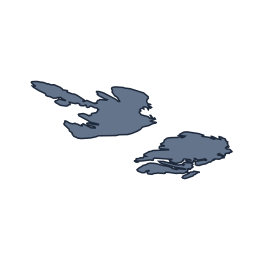 outline of Træna nor, Norway, rotated 18°
{"feature_id": "86288312B36206301754919", "entity_name": "Træna nor", "entity_type": "district", "adm_level": 2, "iso_a3": "NOR", "parent_name": "Norway", "parent_adm1": "", "projection": "robinson", "projection_center": [12.061, 66.501], "detail": "fine", "context": "isolated", "style": "filled", "palette": "slate", "viewbox_px": 256, "rotation_deg": 18, "n_neighbors": 0, "source": "geoboundaries", "source_scale": "gbopen_adm2", "svg_char_len": 5989}
<svg xmlns="http://www.w3.org/2000/svg" viewBox="0 0 256 256"><g transform="rotate(18 128 128)"><path d="M132.0,89.8L117.8,90.0L112.3,91.1L111.2,90.9L104.1,92.6L102.0,93.4L100.3,94.5L100.2,95.7L101.8,97.4L101.7,98.7L105.5,101.5L107.2,101.7L108.8,102.5L111.9,105.2L111.4,105.6L110.4,105.7L107.5,104.5L94.2,102.2L89.6,102.2L87.0,102.8L86.8,103.4L88.5,104.5L88.4,104.9L88.8,105.1L88.5,105.5L89.9,106.2L97.4,107.5L99.5,107.5L99.0,108.2L92.4,109.6L91.7,110.8L90.9,111.0L90.4,112.0L90.3,113.4L90.7,114.0L89.4,114.3L89.1,114.4L89.4,114.8L88.7,115.1L80.3,114.5L77.7,116.6L77.1,116.6L76.9,116.4L78.0,115.4L77.9,115.0L69.7,112.7L66.8,112.3L64.8,112.8L59.3,112.6L58.8,112.4L59.0,111.5L58.5,111.2L54.1,111.9L53.5,111.2L51.0,110.3L44.4,109.7L41.5,110.7L38.4,110.6L38.2,111.0L33.6,110.8L32.0,111.1L32.5,111.6L31.5,111.3L27.2,111.8L22.5,113.5L22.0,114.0L22.0,114.6L23.2,115.4L26.7,116.5L26.7,117.0L24.0,117.6L25.3,118.4L31.4,119.9L38.5,120.8L39.0,121.0L39.6,122.1L41.1,122.6L43.8,122.3L47.9,122.7L50.6,121.7L51.5,120.8L54.6,119.7L57.0,120.7L60.5,121.0L59.2,121.5L52.9,121.8L52.4,123.5L50.5,124.7L50.3,125.4L51.1,126.1L56.7,127.3L62.3,126.3L63.9,125.4L64.1,124.5L65.7,123.6L65.4,122.7L64.3,121.7L65.4,121.3L66.0,121.6L70.3,121.1L71.7,120.5L71.9,120.0L74.7,120.2L75.0,121.1L76.2,121.3L79.0,120.6L80.4,119.4L81.3,119.4L81.5,120.3L81.9,120.7L83.1,121.0L84.5,120.3L85.3,118.8L86.3,118.6L90.6,119.0L91.9,118.7L94.0,119.4L94.4,119.7L93.6,120.4L93.8,121.4L93.0,123.2L88.9,125.5L89.0,127.5L87.3,127.9L87.3,128.4L86.9,128.5L84.4,128.0L80.9,128.1L76.8,130.0L76.6,130.5L77.6,131.5L88.1,133.4L89.1,133.9L91.5,134.1L99.3,133.4L98.5,133.9L98.7,134.2L93.4,135.3L88.5,135.5L87.5,136.2L87.8,136.4L87.7,136.7L88.4,137.1L90.1,137.5L95.8,137.2L96.7,137.7L96.8,138.2L92.4,139.3L91.0,138.7L90.1,138.9L84.0,137.8L83.5,138.6L83.7,139.4L83.0,139.4L83.5,140.2L82.3,140.5L78.8,139.9L77.6,140.2L76.2,139.8L74.2,141.1L71.1,141.4L67.7,140.6L65.9,140.7L65.9,141.3L66.4,141.8L65.7,143.6L66.4,144.6L72.3,147.3L73.0,148.6L73.6,149.0L76.6,150.0L76.6,150.8L79.0,152.6L83.7,153.1L87.1,152.4L95.5,149.0L100.4,146.2L102.2,144.6L118.9,138.9L121.8,137.1L129.8,134.3L133.4,131.9L138.0,128.0L140.2,125.5L141.3,123.0L142.0,122.3L147.0,119.3L150.2,116.2L152.9,114.7L153.1,114.0L152.7,113.9L148.9,114.6L147.4,114.4L151.3,111.1L150.2,110.2L149.6,110.9L148.5,111.0L145.7,108.9L145.3,109.1L146.2,109.6L145.9,109.7L147.6,111.7L145.9,112.1L143.7,111.0L136.5,111.4L133.7,109.5L134.7,108.0L134.4,107.7L134.6,107.6L133.6,107.2L134.2,105.6L135.8,104.9L137.2,105.1L136.7,104.1L136.0,104.0L135.9,103.7L136.4,103.2L137.8,102.6L139.9,102.8L141.7,104.4L141.8,104.0L140.6,102.7L143.2,102.2L144.1,101.2L143.3,100.8L141.1,101.1L140.4,100.7L140.1,100.2L140.6,99.8L140.0,99.3L141.7,99.3L142.2,98.8L141.5,98.5L140.0,98.8L139.0,98.6L137.5,96.9L137.4,94.9L138.0,93.9L138.0,93.1L137.5,92.0L132.0,89.8ZM220.4,107.9L217.3,108.0L217.4,108.7L217.1,108.8L218.3,109.0L219.8,109.9L219.9,110.3L216.1,110.7L211.0,110.0L209.7,110.2L209.8,110.8L213.7,111.7L213.1,112.2L208.0,111.8L201.5,113.0L200.9,112.9L201.0,112.2L202.9,111.5L196.9,111.5L185.5,113.4L182.4,114.6L179.3,117.8L179.7,118.5L179.1,118.6L178.6,119.2L184.9,118.0L184.1,119.4L182.2,120.7L181.1,120.5L182.1,119.8L180.5,119.9L178.1,121.3L178.2,121.6L171.2,124.1L168.2,125.7L166.3,128.4L166.5,130.6L164.0,133.0L164.6,133.8L168.6,133.6L163.9,135.6L163.6,136.3L163.9,137.5L165.1,137.8L173.0,135.9L173.9,136.0L158.7,141.7L156.9,143.2L155.6,143.7L151.5,148.0L151.8,148.6L151.4,148.8L151.6,149.1L154.0,149.4L152.0,150.3L151.6,150.8L151.5,151.8L149.1,152.4L147.3,153.9L145.5,154.6L145.2,155.3L146.3,156.4L144.4,157.1L144.5,157.5L146.1,158.0L147.5,157.6L148.3,157.0L147.7,156.7L149.2,155.6L150.7,155.4L158.8,151.6L161.7,151.1L162.0,150.6L161.6,149.5L162.6,148.4L180.0,144.1L177.4,145.9L178.4,146.8L178.2,147.6L178.6,147.6L178.2,148.0L178.4,148.5L172.2,148.8L167.5,150.2L169.4,151.1L171.3,151.3L184.6,150.8L193.6,149.3L196.0,149.4L186.4,151.8L188.0,152.4L182.4,152.9L182.2,152.1L177.0,152.2L172.4,152.9L165.4,153.2L160.3,154.4L157.9,155.7L156.6,157.2L153.7,159.1L153.3,159.9L150.7,162.8L149.4,165.0L150.8,166.0L155.2,166.2L157.9,165.2L158.3,163.6L160.8,162.0L161.2,162.1L161.1,162.6L159.3,163.9L160.0,164.1L160.5,165.2L161.4,165.4L165.3,164.6L166.0,163.7L170.3,161.6L176.4,160.1L177.3,159.5L177.1,159.2L177.5,158.5L180.6,157.6L188.0,156.3L191.5,154.8L194.0,154.4L196.3,152.9L196.8,151.8L199.7,152.6L195.3,156.6L194.8,158.4L195.7,158.7L197.5,158.6L199.1,157.7L204.7,153.4L204.9,152.3L206.5,151.2L206.7,150.4L207.7,149.5L207.9,148.9L210.0,147.9L204.0,148.7L203.6,149.0L203.5,149.7L201.1,150.6L200.1,151.7L197.8,151.4L197.5,151.1L198.0,149.9L197.3,148.8L198.6,148.4L197.9,148.1L198.0,147.9L200.1,147.7L201.1,145.7L201.5,145.7L201.9,144.9L200.5,144.2L200.6,143.1L201.0,142.6L200.8,142.3L198.5,141.8L192.2,143.4L191.1,145.2L192.8,145.6L192.4,146.4L189.8,146.4L187.7,147.5L183.7,148.3L179.2,148.3L178.8,147.6L179.6,146.8L183.5,146.9L185.9,146.2L189.4,143.9L189.6,143.1L190.4,142.3L190.0,142.3L190.8,140.1L197.2,138.9L197.5,139.2L194.2,140.1L193.2,141.3L194.5,141.6L199.8,140.9L200.8,140.0L201.0,139.5L200.6,139.5L200.5,138.9L201.7,137.5L200.7,136.5L202.1,136.3L203.7,136.9L204.9,136.7L210.0,134.1L210.6,133.4L212.5,134.0L212.5,134.6L209.9,135.1L202.6,138.9L202.6,139.9L203.0,140.3L203.4,142.0L205.2,142.3L207.6,141.5L209.5,140.0L213.2,137.9L215.5,135.5L217.1,134.8L218.5,132.5L218.9,132.6L219.5,132.0L219.3,131.8L219.8,131.8L220.1,131.4L219.5,131.3L220.1,130.6L224.4,129.5L227.5,126.8L228.4,126.8L228.5,126.1L227.7,126.1L228.4,125.7L228.1,125.3L223.8,125.5L222.2,126.0L221.4,125.4L222.5,124.2L223.2,124.0L225.0,124.8L227.5,124.9L228.8,124.2L228.8,122.9L228.4,122.8L228.8,121.9L231.5,121.0L231.1,120.8L233.5,119.1L233.2,119.0L234.0,118.1L231.7,117.0L230.2,116.9L228.8,117.5L227.4,117.1L227.0,116.9L227.2,116.5L228.1,116.2L228.3,115.8L226.9,115.2L229.6,115.2L229.8,114.6L227.9,112.8L227.4,111.5L226.9,111.5L227.1,110.4L224.7,109.9L224.7,109.2L223.6,108.3L220.9,108.3L220.4,107.9Z" fill="#64748b" stroke="#1e293b" stroke-width="1.5"/></g></svg>